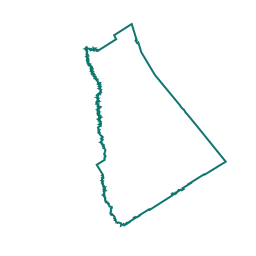 Edward River, New South Wales, Australia, rotated 50°
{"feature_id": "25037944B16722839752740", "entity_name": "Edward River", "entity_type": "district", "adm_level": 2, "iso_a3": "AUS", "parent_name": "Australia", "parent_adm1": "New South Wales", "projection": "natural_earth1", "projection_center": [144.82, -35.234], "detail": "fine", "context": "isolated", "style": "outline", "palette": "teal", "viewbox_px": 256, "rotation_deg": 50, "n_neighbors": 0, "source": "geoboundaries", "source_scale": "gbopen_adm2", "svg_char_len": 5860}
<svg xmlns="http://www.w3.org/2000/svg" viewBox="0 0 256 256"><g transform="rotate(50 128 128)"><path d="M202.2,175.2L203.8,164.1L204.6,164.2L208.2,137.1L206.7,136.9L206.7,135.9L207.5,135.7L207.6,135.1L208.4,134.9L208.2,134.4L208.8,134.1L208.6,133.7L208.9,133.3L208.3,132.9L208.8,132.4L208.7,131.5L208.4,131.2L208.8,130.1L208.8,129.9L208.3,130.0L208.1,129.2L208.5,129.1L208.3,128.8L208.7,128.5L209.0,127.5L210.2,127.1L210.6,124.6L209.2,124.8L210.5,116.1L210.0,116.5L212.4,99.4L213.0,99.3L216.6,74.8L168.5,73.9L154.1,73.8L153.8,74.0L149.8,73.4L149.5,73.7L145.8,73.9L143.8,73.6L104.7,73.3L78.4,69.1L69.1,65.1L68.9,66.4L66.1,66.0L66.3,64.9L65.0,64.7L65.2,63.4L64.9,64.3L50.7,58.3L48.0,79.0L52.4,80.0L49.5,101.3L49.3,101.2L49.0,101.8L48.3,101.3L47.9,102.2L48.6,102.0L48.5,102.5L47.5,102.3L47.2,102.6L47.0,102.4L46.5,102.8L46.7,102.2L46.3,102.1L46.2,102.8L46.0,102.2L45.8,102.6L45.4,102.7L45.2,103.3L44.7,103.3L45.1,103.7L45.6,103.4L45.5,104.0L46.3,104.5L45.5,104.8L44.9,105.7L44.0,105.5L44.1,106.2L43.5,106.3L43.8,106.7L43.3,106.7L43.1,106.3L41.5,107.6L40.4,107.9L39.5,107.7L39.4,108.6L40.7,108.7L40.0,110.1L41.7,109.5L41.9,110.1L42.5,109.8L43.3,110.1L43.5,110.4L43.2,110.6L44.0,111.4L44.3,111.3L44.4,111.7L45.5,111.7L45.3,112.4L46.8,112.3L46.2,113.2L46.3,113.6L46.9,112.9L47.0,113.7L47.5,113.5L47.9,114.0L47.9,113.5L48.5,113.6L48.3,114.1L49.6,114.0L49.7,114.5L50.1,114.6L49.7,115.1L49.7,115.7L50.2,115.7L49.9,116.1L51.1,116.6L51.1,115.6L51.4,115.4L52.0,115.8L51.6,116.2L52.7,117.5L53.5,117.5L53.4,116.6L53.6,117.4L53.9,117.4L53.8,117.0L54.4,116.4L54.5,117.2L54.8,117.4L55.1,117.3L54.8,117.0L55.3,117.1L55.4,116.6L55.8,116.4L56.1,116.5L55.9,117.2L57.2,116.4L57.9,116.5L57.6,117.2L57.9,117.7L58.6,117.2L59.4,117.1L59.0,117.7L58.2,118.2L58.5,118.6L59.4,118.3L59.9,119.1L60.4,118.2L60.7,118.2L60.6,119.0L61.0,119.5L61.5,118.8L62.0,118.7L61.5,119.8L62.2,119.6L62.8,120.1L62.9,120.9L63.2,121.0L63.4,120.9L63.4,120.1L63.9,119.6L64.2,120.6L65.1,119.6L65.8,120.7L66.2,120.0L66.5,120.6L67.4,120.2L67.7,120.5L67.6,121.1L68.3,121.8L68.7,121.4L68.8,120.3L69.9,121.3L70.3,121.1L69.9,120.8L70.6,120.4L70.5,121.1L70.7,120.8L71.4,121.4L72.0,120.9L72.2,121.3L73.4,121.4L74.1,122.0L75.0,121.0L75.2,122.2L75.8,121.3L75.9,122.0L76.4,122.4L77.3,121.7L77.6,122.5L77.4,123.7L78.6,123.4L78.6,123.1L77.8,123.1L78.1,122.3L78.4,122.3L78.4,123.0L78.9,122.7L79.0,123.4L79.8,123.1L79.4,123.4L79.9,124.0L79.5,124.8L80.9,124.3L80.7,125.2L81.2,124.6L81.5,125.0L81.9,124.9L82.1,125.3L83.3,125.6L83.1,126.3L82.7,126.5L83.0,127.2L83.7,127.3L83.5,127.6L83.9,128.0L82.7,128.5L82.8,129.1L82.0,129.5L82.5,129.3L82.8,129.9L83.4,129.6L83.8,130.0L83.9,130.4L82.9,130.7L83.0,131.0L83.6,130.8L83.5,131.6L83.9,130.9L84.7,130.9L85.2,131.4L84.8,132.1L85.2,131.9L85.6,132.2L86.1,131.8L86.0,132.6L87.5,132.7L86.8,133.2L87.1,133.6L87.7,133.5L88.2,133.9L88.1,134.2L87.5,133.7L87.8,135.1L88.7,134.3L88.5,134.9L88.7,135.6L89.1,135.2L89.5,136.0L90.0,135.0L89.8,136.1L90.8,135.4L91.3,136.7L91.8,137.3L92.6,136.4L93.0,136.6L93.4,136.2L93.3,136.9L94.0,136.6L93.8,137.1L94.3,137.6L93.6,138.0L93.8,138.2L94.1,138.0L94.0,138.5L94.7,138.6L94.3,139.1L95.1,139.3L94.7,140.0L95.8,139.8L95.6,140.3L96.0,140.7L96.8,140.2L96.6,140.7L96.8,141.0L97.3,140.9L97.0,141.6L97.4,142.2L97.7,142.2L97.7,141.6L98.0,141.6L98.3,142.1L98.7,141.6L99.0,142.3L99.6,141.8L99.9,142.5L100.3,142.7L100.4,142.0L100.8,141.6L101.0,142.3L101.3,141.9L102.0,141.7L101.7,142.2L102.3,142.3L102.8,143.1L102.2,143.6L102.7,144.1L102.4,144.5L102.2,143.9L101.6,143.9L102.1,144.1L101.9,145.1L102.8,144.6L103.5,145.7L104.4,144.9L104.7,145.3L105.7,144.8L106.2,145.6L107.0,145.6L107.4,146.0L106.8,146.6L107.3,146.6L107.1,147.3L107.5,147.0L108.0,147.8L108.4,147.3L108.9,147.5L108.2,149.4L108.4,150.7L109.6,151.0L109.9,151.6L110.7,151.7L111.1,152.2L111.4,151.6L111.9,152.8L113.0,152.6L112.9,153.6L114.1,153.2L114.4,153.5L116.2,153.7L116.8,153.3L118.4,153.2L118.1,153.8L118.4,154.4L118.7,154.6L119.0,154.2L119.3,154.4L119.1,155.4L120.7,155.0L120.5,156.1L120.9,156.5L121.1,157.7L121.9,157.3L122.2,157.5L121.8,158.2L123.2,157.7L123.5,158.3L124.2,158.1L124.9,158.5L124.8,158.0L125.1,157.7L125.5,158.5L125.9,158.5L126.3,158.1L127.6,158.7L127.4,159.1L127.6,159.5L128.0,159.0L128.6,159.4L130.2,159.4L131.0,160.0L131.4,161.1L132.5,162.3L132.5,162.9L133.5,163.2L134.0,163.6L134.5,163.1L135.6,163.8L135.8,165.4L137.4,166.3L136.1,175.6L147.6,177.3L147.7,178.1L148.2,177.7L149.0,178.1L149.2,178.9L149.5,178.8L149.4,179.7L150.4,179.6L150.2,180.1L150.5,180.4L150.4,180.8L151.3,181.3L151.3,182.0L152.0,181.6L151.9,182.1L152.6,182.1L153.0,182.8L153.5,182.3L154.1,183.6L154.8,183.6L155.0,183.3L156.1,184.1L156.4,183.9L156.6,184.3L157.3,184.0L157.4,184.4L157.7,184.3L158.0,184.7L158.5,184.1L158.5,184.4L159.6,184.6L159.5,185.1L160.1,185.2L159.9,185.6L160.4,185.5L160.2,186.1L160.8,185.9L160.5,186.3L160.9,186.5L160.7,186.8L160.9,187.4L162.0,187.3L162.6,188.6L163.2,188.6L163.2,189.0L163.7,189.1L163.4,190.1L164.5,189.6L164.7,189.9L164.5,190.3L164.8,190.4L165.4,190.0L165.6,190.3L166.8,190.2L167.5,190.7L167.4,191.2L168.9,192.1L169.1,191.9L169.6,192.2L170.2,191.9L170.4,192.6L170.9,192.6L171.8,191.6L172.3,191.9L172.9,191.5L173.3,191.8L173.8,191.5L174.2,192.1L175.2,192.1L175.6,192.5L176.3,192.6L178.1,191.2L178.9,191.8L178.9,193.0L179.3,193.6L180.1,194.1L180.7,194.1L181.4,195.7L181.9,195.8L182.1,196.3L182.8,196.6L183.7,196.7L184.0,196.3L183.7,195.6L184.3,195.5L184.6,195.9L185.4,195.4L187.5,195.4L188.0,195.7L188.3,196.5L189.0,196.1L189.4,196.7L190.2,196.5L190.3,197.2L190.8,196.9L192.9,197.7L193.4,197.1L194.0,197.0L194.3,196.0L195.7,195.1L196.3,195.1L196.5,194.7L197.6,195.1L198.3,196.0L198.7,193.2L200.2,193.5L200.3,192.5L199.9,192.4L200.1,191.3L200.5,191.4L200.7,190.4L199.9,190.2L200.1,189.4L200.7,189.5L201.1,187.3L200.7,187.2L201.5,181.5L200.5,181.4L200.7,179.9L201.6,180.1L201.9,178.2L202.2,178.2L202.6,175.2L202.2,175.2Z" fill="none" stroke="#0f766e" stroke-width="2"/></g></svg>